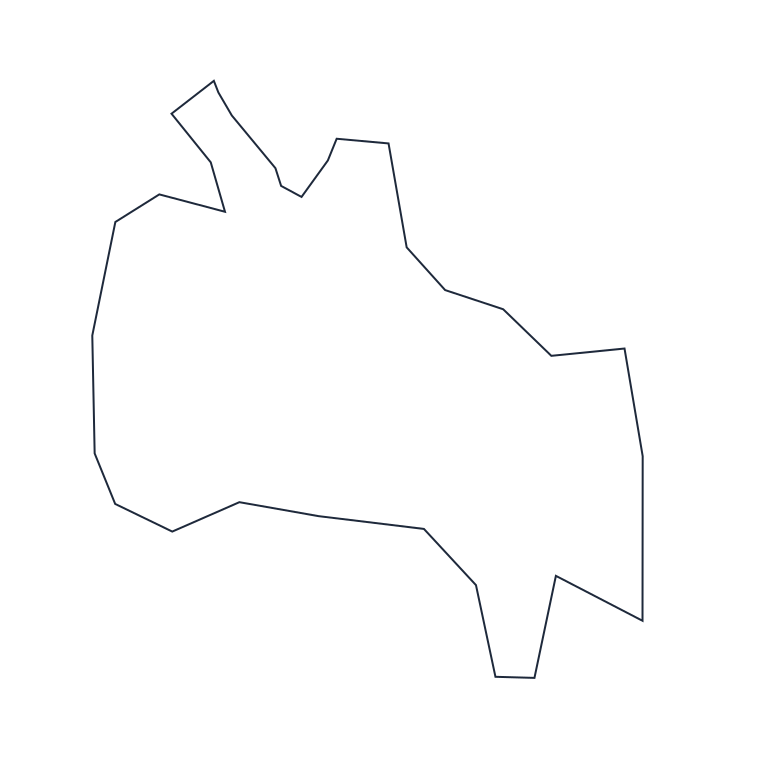 outline of Varkavas, rotated 190°
{"feature_id": "LVA-5751", "entity_name": "Varkavas", "entity_type": "Municipality", "adm_level": 1, "iso_a3": "LVA", "parent_name": "Latvia", "parent_adm1": "", "projection": "albers", "projection_center": [26.518, 56.217], "detail": "fine", "context": "isolated", "style": "outline", "palette": "slate", "viewbox_px": 768, "rotation_deg": 190, "n_neighbors": 0, "source": "natural_earth", "source_scale": "10m", "svg_char_len": 561}
<svg xmlns="http://www.w3.org/2000/svg" viewBox="0 0 768 768"><g transform="rotate(190 384 384)"><path d="M421.3,621.7L385.4,522.5L340.1,487.1L279.6,478.3L224.1,440.8L153.3,460.7L116.7,357.8L88.3,195.7L181.4,224.9L184.8,120.7L223.4,115.0L258.5,201.9L319.5,248.2L425.5,242.5L505.9,242.5L566.9,201.9L627.9,219.2L656.9,265.4L679.7,381.1L676.7,496.9L638.2,531.7L570.5,526.0L593.1,572.2L640.2,613.3L604.2,653.0L597.7,642.3L580.5,622.0L528.4,577.7L519.7,561.2L497.7,553.9L478.1,594.4L473.2,617.3L421.3,621.7Z" fill="none" stroke="#1e293b" stroke-width="2"/></g></svg>